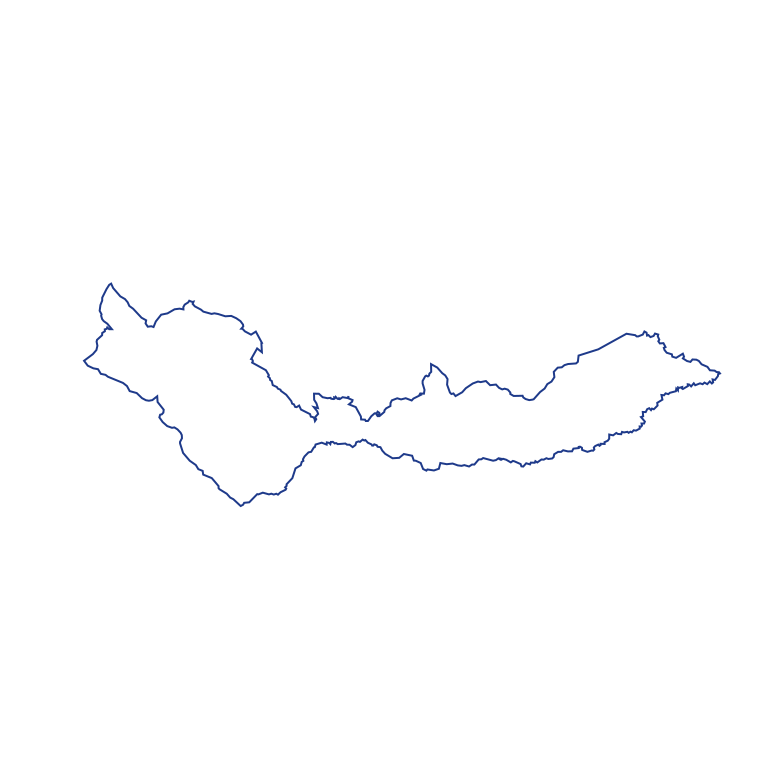 outline of Ibarra, Carchi, Ecuador, rotated 119°
{"feature_id": "8360857B37631210722611", "entity_name": "Ibarra", "entity_type": "district", "adm_level": 2, "iso_a3": "ECU", "parent_name": "Ecuador", "parent_adm1": "Carchi", "projection": "robinson", "projection_center": [-78.188, 0.517], "detail": "fine", "context": "isolated", "style": "outline", "palette": "blue", "viewbox_px": 768, "rotation_deg": 119, "n_neighbors": 0, "source": "geoboundaries", "source_scale": "gbopen_adm2", "svg_char_len": 6157}
<svg xmlns="http://www.w3.org/2000/svg" viewBox="0 0 768 768"><g transform="rotate(119 384 384)"><path d="M405.6,594.7L407.5,594.8L411.2,596.8L414.0,596.8L416.0,595.6L417.2,599.3L420.2,603.4L427.2,607.6L431.4,612.5L439.9,613.9L445.9,613.2L446.3,615.5L448.4,618.4L446.6,621.9L443.6,622.9L443.6,628.2L439.8,639.9L439.2,644.6L436.8,647.8L435.3,651.7L435.2,657.1L431.4,667.4L428.5,671.3L430.5,672.4L435.6,672.7L445.1,672.3L447.7,670.9L452.4,670.3L457.8,668.2L460.0,664.8L461.4,664.5L463.9,662.0L464.9,659.6L465.4,655.2L468.0,648.6L469.3,650.9L468.7,653.5L470.2,653.3L471.6,654.7L473.2,653.7L476.0,655.2L478.0,654.2L484.5,656.4L486.3,655.9L489.5,653.2L493.7,652.0L499.0,653.1L509.1,657.6L511.6,652.0L511.2,645.8L509.7,641.3L512.4,636.6L511.0,632.0L511.5,629.0L509.6,612.8L510.4,607.8L513.5,603.0L511.8,595.9L513.7,588.8L513.6,584.3L512.6,581.5L510.4,578.8L504.7,576.4L509.5,573.3L513.3,564.2L516.0,563.1L518.2,563.6L519.4,564.9L522.1,564.3L524.6,559.1L525.9,553.2L525.1,548.2L523.6,546.3L523.8,542.6L525.2,538.3L526.7,536.1L529.4,534.4L533.6,534.3L534.9,533.5L541.7,526.3L545.3,516.7L546.1,509.3L548.5,505.1L547.9,500.5L550.9,498.2L549.8,489.0L553.5,479.2L555.3,478.2L555.8,476.9L556.2,468.3L557.9,463.5L557.8,459.9L560.2,450.2L557.9,448.7L555.7,448.7L552.8,444.5L541.8,441.5L541.4,440.3L537.8,437.3L536.3,431.1L534.6,429.4L534.1,426.8L532.2,425.0L532.2,423.1L528.8,422.0L524.2,418.8L522.9,418.8L522.3,420.4L520.3,419.8L518.9,420.6L510.8,418.5L500.7,420.5L495.4,417.4L492.0,418.2L490.3,417.3L489.1,418.4L485.9,418.4L480.4,416.9L478.6,414.8L473.4,414.6L472.8,413.9L470.1,414.5L465.5,410.0L464.8,404.8L462.8,405.7L462.1,403.4L462.6,401.8L460.4,402.4L459.4,400.6L459.9,398.3L458.9,397.3L459.0,395.3L454.8,388.9L455.0,386.9L453.8,384.7L454.4,380.8L451.3,379.4L448.4,380.0L446.5,378.4L446.3,377.0L443.0,375.7L443.0,373.9L442.0,373.1L443.2,369.6L442.9,365.6L443.6,364.5L443.0,363.5L441.5,363.3L441.1,360.6L442.0,359.2L441.0,356.5L443.1,353.2L444.5,349.1L444.8,340.5L441.2,334.9L435.6,332.7L433.1,324.6L436.5,320.8L435.7,319.0L435.3,313.6L439.4,308.6L439.2,304.9L437.7,304.6L435.4,298.4L431.5,294.9L425.8,296.4L423.7,290.2L420.3,285.4L419.4,280.0L418.0,276.5L416.0,274.4L414.9,269.6L411.8,268.0L410.6,265.9L404.1,264.6L402.6,262.3L400.7,261.4L398.2,251.4L396.3,249.2L393.4,247.8L392.8,245.9L393.7,246.0L393.6,244.9L391.7,243.6L391.0,240.4L391.1,235.1L388.8,234.0L388.4,232.4L387.8,225.7L389.4,223.9L388.7,222.2L384.4,221.2L383.5,217.3L381.6,217.5L379.8,214.0L378.1,214.2L378.3,211.9L373.7,209.7L372.7,207.6L370.2,206.0L369.9,203.9L367.6,200.8L365.7,200.2L362.9,201.1L358.9,198.8L357.5,196.2L355.1,195.2L353.8,190.5L351.7,186.9L348.7,187.0L345.6,182.6L344.6,183.2L343.8,182.2L343.8,180.0L345.6,178.7L344.7,173.2L341.4,170.0L341.0,168.8L339.3,168.3L337.8,169.7L335.9,169.2L333.1,167.2L333.6,165.6L332.5,165.0L331.3,165.6L329.5,162.0L328.0,162.9L325.1,160.8L322.7,160.5L319.0,162.5L317.8,158.7L314.2,157.1L314.3,155.2L312.9,152.2L310.5,152.6L310.0,150.6L307.8,147.9L308.1,146.4L306.2,145.3L306.1,143.8L303.4,143.2L302.6,141.0L299.0,138.7L297.2,139.8L296.7,138.5L295.3,138.2L293.7,139.6L292.5,137.4L290.4,137.6L288.3,143.2L286.6,141.7L283.0,144.1L281.7,141.5L278.4,141.6L276.6,140.3L277.4,137.8L275.6,137.7L275.3,135.8L274.1,135.4L270.2,134.3L268.0,135.9L262.7,132.9L259.1,136.0L258.1,133.6L255.7,133.2L255.0,130.4L253.1,129.7L248.8,125.2L246.3,126.1L247.1,123.8L244.4,125.1L244.3,124.0L242.1,121.8L243.4,121.4L243.5,120.2L238.5,117.2L237.0,118.2L236.5,116.8L237.2,114.2L233.2,113.4L234.2,111.2L230.2,107.9L229.7,105.2L227.4,104.4L227.4,101.2L223.8,100.3L224.6,97.5L223.0,96.9L220.7,98.8L220.0,96.5L215.3,95.8L213.3,96.5L211.9,95.3L211.3,96.7L212.3,98.9L212.0,101.3L214.0,105.6L212.2,109.4L212.8,115.8L211.2,119.8L211.3,122.6L213.0,126.1L216.1,126.7L217.0,130.1L216.7,135.0L214.7,134.8L212.6,137.3L219.5,141.2L220.3,145.1L218.5,146.6L219.6,151.9L218.3,155.1L216.7,156.8L215.2,155.7L212.8,159.4L214.8,162.4L213.6,164.8L211.8,164.7L209.5,167.7L207.8,168.1L208.5,171.4L211.3,171.5L213.8,173.7L213.0,176.5L214.1,177.4L211.8,179.3L211.8,181.7L215.3,181.6L219.2,184.8L219.9,186.1L219.5,187.9L222.5,196.3L249.8,213.4L264.8,227.6L270.6,225.2L272.9,226.0L277.3,232.7L280.0,235.3L283.2,236.6L285.5,240.0L291.1,241.4L295.4,238.3L300.7,238.7L304.9,241.1L310.1,241.3L315.4,243.6L324.8,245.7L325.8,246.7L327.7,249.2L328.5,252.9L328.2,255.7L327.1,257.1L331.6,264.8L331.5,268.7L330.2,269.4L328.9,273.0L329.6,276.2L331.4,278.0L331.6,281.5L330.2,285.8L333.6,290.6L332.0,296.3L335.5,300.4L336.3,303.0L340.5,306.6L348.0,310.4L353.3,311.6L359.9,315.6L358.6,318.7L360.1,320.2L359.5,322.2L354.0,328.5L348.9,330.8L346.8,334.6L346.3,338.3L343.8,345.4L343.8,352.5L350.5,348.6L352.9,349.3L354.8,348.7L356.1,349.3L356.2,351.1L357.4,351.7L362.6,351.7L364.8,350.5L369.5,345.7L373.1,344.4L374.7,347.7L375.9,347.7L375.9,346.7L382.5,351.2L385.0,351.8L385.9,358.1L389.2,361.6L390.1,365.5L394.5,369.2L397.4,369.1L400.2,367.7L404.2,370.3L406.8,370.8L408.3,370.2L414.3,372.4L415.2,374.0L414.5,375.3L414.0,374.0L412.3,373.5L411.5,374.1L411.3,376.2L413.0,376.1L414.2,378.0L418.4,379.5L424.1,380.1L425.2,382.0L424.4,383.3L426.1,386.8L423.6,388.5L417.9,397.5L418.8,404.8L414.9,403.3L413.3,403.7L413.8,408.3L411.9,409.0L414.0,409.2L415.6,413.8L418.2,415.1L418.2,416.2L418.9,415.9L419.5,417.5L418.7,420.0L419.6,419.9L419.8,421.1L421.1,420.3L421.8,421.1L422.5,423.1L422.0,424.0L423.8,426.5L425.3,431.3L424.1,436.3L426.4,440.5L431.7,437.4L433.7,433.7L437.1,430.1L438.2,434.2L440.2,429.3L442.1,427.1L446.5,428.2L447.6,426.2L449.9,426.4L447.8,428.3L447.4,430.1L448.0,432.2L446.2,434.1L446.6,444.2L444.0,447.8L446.6,449.2L447.1,450.6L445.5,452.9L445.7,454.8L443.9,456.8L440.8,464.3L440.0,470.7L439.2,471.8L439.5,474.7L438.6,476.1L438.9,480.8L435.8,483.6L435.7,485.5L434.2,486.7L433.7,489.0L432.1,489.0L429.2,494.0L429.2,509.7L427.5,509.8L426.1,511.7L426.4,512.3L414.4,512.2L415.4,506.2L407.8,511.0L407.3,510.6L400.3,521.5L405.3,524.2L405.4,531.2L404.3,534.6L404.8,535.6L401.9,535.0L400.4,536.1L398.6,540.0L398.1,545.1L398.5,550.6L401.7,555.6L403.2,563.0L404.4,566.6L406.3,568.8L408.3,577.1L407.7,580.1L407.8,587.1L406.7,590.2L404.3,590.5L405.2,591.5L405.6,594.7Z" fill="none" stroke="#1e3a8a" stroke-width="2"/></g></svg>